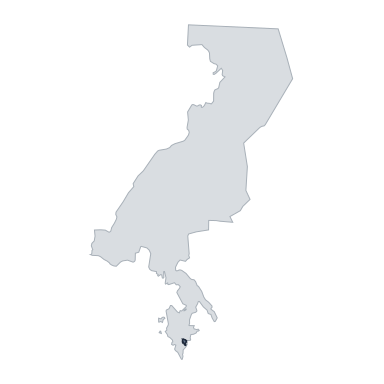 location of Izboskan, Andijon, Uzbekistan, rotated 89°
{"feature_id": "79887680B50454088446008", "entity_name": "Izboskan", "entity_type": "district", "adm_level": 2, "iso_a3": "UZB", "parent_name": "Uzbekistan", "parent_adm1": "Andijon", "projection": "natural_earth1", "projection_center": [72.251, 40.931], "detail": "fine", "context": "in_parent", "style": "filled", "palette": "slate", "viewbox_px": 384, "rotation_deg": 89, "n_neighbors": 0, "source": "geoboundaries", "source_scale": "gbopen_adm2", "svg_char_len": 4243}
<svg xmlns="http://www.w3.org/2000/svg" viewBox="0 0 384 384"><g transform="rotate(89 192 192)"><path d="M312.1,171.8L318.3,169.0L321.7,170.9L322.0,172.0L318.2,174.1L314.8,175.2L313.8,177.9L310.4,179.0L307.0,182.7L301.6,186.5L301.5,187.2L302.0,187.8L303.7,188.3L307.2,190.3L310.6,189.2L311.5,189.4L312.4,190.6L313.3,194.0L314.8,194.9L319.7,196.7L323.3,196.7L325.2,197.4L325.5,197.1L325.7,192.1L327.3,192.9L328.9,192.3L329.6,189.8L329.3,188.1L330.5,187.2L331.1,187.8L331.2,189.3L333.0,190.3L334.2,192.8L334.6,195.7L338.0,196.4L339.3,195.9L340.2,196.2L340.7,199.8L341.2,200.1L344.1,199.4L346.9,200.9L349.8,203.6L353.2,203.8L353.9,204.3L356.3,203.9L359.1,204.7L359.2,205.1L358.7,205.7L352.1,209.0L350.3,211.3L348.8,212.1L344.8,210.8L344.2,212.2L344.9,213.6L344.0,215.1L342.0,214.6L341.5,213.8L339.6,214.2L337.2,216.6L336.1,218.6L334.0,219.2L331.0,221.2L329.7,219.6L327.6,219.8L324.8,218.2L323.4,217.9L310.6,220.0L309.6,219.7L308.3,217.0L305.1,215.5L305.2,214.2L311.8,208.6L312.6,206.8L310.4,205.9L310.8,204.4L306.6,199.9L305.8,199.6L305.2,199.8L303.6,203.1L292.3,208.9L290.6,208.3L288.1,206.2L286.5,205.4L284.4,207.2L284.5,209.4L282.4,211.1L284.2,216.9L284.0,217.7L282.5,217.9L283.6,220.1L282.7,220.4L277.3,219.5L271.0,220.9L271.2,221.8L276.8,221.6L277.5,222.0L277.6,222.8L277.3,223.2L274.4,223.7L274.0,224.7L275.6,227.2L274.9,227.8L273.8,227.3L272.9,229.0L271.0,228.9L269.9,233.9L268.4,235.7L266.2,236.6L252.9,234.3L249.4,235.8L247.1,238.1L245.5,243.6L245.7,244.2L251.3,246.3L252.2,249.7L259.1,250.0L260.2,250.5L260.8,251.3L261.1,252.2L259.0,257.7L259.7,262.5L260.8,264.7L264.9,269.0L264.6,271.3L263.7,273.4L262.5,275.2L261.3,275.9L259.5,278.2L258.0,281.0L255.0,284.7L254.0,286.8L253.6,292.8L252.8,294.6L252.7,293.9L251.6,293.2L248.6,293.0L248.0,292.2L244.1,293.6L241.6,293.0L239.2,290.6L234.4,289.7L228.3,290.2L228.2,284.0L228.6,279.4L230.7,275.8L230.7,275.2L229.7,273.9L226.1,272.9L221.8,270.1L217.9,268.1L215.6,267.5L213.1,268.6L210.8,268.3L200.4,260.9L191.6,255.5L185.6,250.1L182.6,250.7L174.9,245.6L170.0,240.3L153.6,228.5L150.4,225.6L149.7,224.1L148.6,216.8L147.2,213.5L145.1,211.7L143.4,208.2L141.0,199.7L140.0,198.2L135.1,194.6L132.3,193.7L130.2,194.3L129.0,195.7L127.3,195.8L120.0,194.4L111.9,195.0L105.0,190.7L104.6,190.0L104.7,188.8L106.2,185.9L106.0,184.7L105.1,183.3L105.1,181.8L105.8,181.0L107.1,181.3L107.6,180.8L107.5,180.0L105.9,178.2L102.8,176.6L103.4,175.5L103.7,172.7L104.3,171.3L103.9,170.8L101.5,168.8L93.6,168.6L91.8,168.1L90.3,167.3L89.0,164.2L88.2,163.5L82.8,162.2L77.5,157.0L76.3,159.3L75.2,159.8L71.0,159.2L68.8,160.6L73.7,166.0L74.8,167.7L74.7,168.7L73.2,168.8L71.9,166.2L71.1,165.5L66.3,164.1L64.6,165.7L64.0,167.8L61.7,171.3L59.2,171.9L53.3,172.1L51.5,172.9L50.2,173.9L47.8,177.0L44.8,179.5L45.3,189.4L47.1,191.9L45.0,194.0L24.8,192.6L30.4,103.0L59.6,94.7L80.5,89.4L126.0,117.6L127.1,118.7L127.6,121.1L128.7,123.1L144.0,139.5L167.6,136.2L191.4,138.1L200.4,134.1L207.2,141.4L211.5,144.0L217.2,154.5L223.0,151.8L221.7,164.4L221.0,168.3L220.7,175.8L230.2,176.1L231.9,188.3L233.9,196.1L235.9,197.0L253.8,195.9L255.2,196.4L257.8,195.6L259.4,198.1L261.2,199.7L259.8,205.1L262.0,207.3L266.9,209.8L270.0,209.7L270.6,208.8L270.4,207.5L269.7,206.2L269.8,204.6L270.3,203.5L273.3,199.4L278.3,195.4L279.4,194.0L279.8,191.5L281.6,190.0L285.8,188.4L286.4,187.2L291.6,184.0L297.3,182.0L300.0,180.4L302.5,177.3L306.3,174.0L307.7,174.0L308.7,175.0L309.5,175.1L312.1,171.8ZM310.7,202.0L310.0,200.4L309.1,199.8L308.7,200.1L310.1,202.1L310.7,202.0ZM321.4,227.6L317.6,227.6L318.3,225.2L316.9,224.0L316.6,222.8L316.9,221.7L317.9,221.3L319.0,223.0L321.9,223.8L320.9,225.5L321.6,227.3L321.4,227.6ZM332.9,225.1L332.1,227.3L330.5,226.3L330.7,225.7L332.9,225.1Z" fill="#d9dde1" stroke="#a8b0b8" stroke-width="1"/><path d="M343.1,202.9L343.6,202.5L344.1,202.4L344.6,202.0L345.1,201.6L345.2,201.1L344.7,200.9L344.3,201.0L343.8,201.4L343.3,201.5L343.1,201.2L342.7,200.9L341.9,200.6L341.8,200.1L341.5,200.2L341.3,200.3L341.2,200.4L340.9,200.4L340.6,200.2L340.2,201.1L339.7,201.1L339.6,201.8L339.4,202.1L339.3,202.4L338.9,203.1L339.1,203.4L339.0,204.1L339.8,203.8L340.3,204.1L340.7,204.0L341.5,203.8L341.7,204.2L342.5,203.9L342.0,203.5L342.3,203.4L342.3,203.1L342.5,203.0L343.1,202.9Z" fill="#64748b" stroke="#1e293b" stroke-width="1.5"/></g></svg>